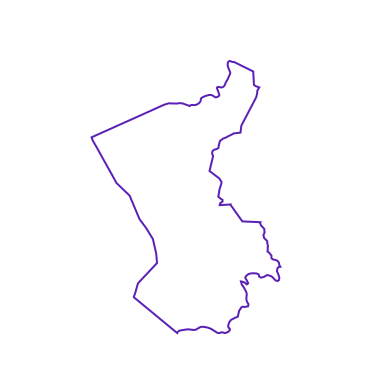 outline of Pelouze, Praslin, Saint Lucia, rotated 292°
{"feature_id": "8701671B45915520468586", "entity_name": "Pelouze", "entity_type": "district", "adm_level": 2, "iso_a3": "LCA", "parent_name": "Saint Lucia", "parent_adm1": "Praslin", "projection": "natural_earth1", "projection_center": [-60.921, 13.879], "detail": "fine", "context": "isolated", "style": "outline", "palette": "violet", "viewbox_px": 384, "rotation_deg": 292, "n_neighbors": 0, "source": "geoboundaries", "source_scale": "gbopen_adm2", "svg_char_len": 5373}
<svg xmlns="http://www.w3.org/2000/svg" viewBox="0 0 384 384"><g transform="rotate(292 192 192)"><path d="M189.5,266.4L183.6,249.7L194.7,232.3L194.8,232.3L190.2,222.6L192.4,222.4L194.5,223.9L196.1,223.3L196.6,220.9L197.5,218.1L200.3,217.6L204.2,216.6L210.2,216.1L212.4,215.6L214.8,212.3L218.0,200.4L233.2,198.1L235.2,196.2L237.5,195.7L239.4,196.6L241.3,199.0L242.8,200.0L245.6,199.3L249.8,198.8L253.3,200.9L254.8,202.7L256.8,204.3L260.8,207.9L261.8,208.5L265.2,214.7L272.0,212.9L303.4,216.0L305.2,215.9L308.8,215.2L310.5,214.6L313.4,215.1L314.2,215.2L314.2,214.9L314.0,211.9L314.4,209.4L326.7,203.6L328.3,182.2L328.1,181.7L327.8,181.1L327.6,180.1L327.7,179.2L327.7,178.1L327.2,177.3L326.4,176.9L325.5,176.8L324.7,177.0L323.8,177.2L323.0,177.6L322.2,178.0L321.6,178.7L320.8,179.1L320.1,179.8L319.5,180.4L318.8,181.1L318.2,181.7L317.5,182.4L316.7,182.9L315.9,183.0L315.0,183.0L314.1,183.0L313.3,182.9L312.4,182.9L311.5,182.9L310.6,182.9L309.8,182.8L308.9,182.7L308.0,182.6L307.2,182.4L306.3,182.3L305.4,182.3L304.6,182.3L303.7,182.3L302.8,182.3L302.0,182.0L301.2,181.6L300.5,181.0L300.0,180.2L299.7,179.2L299.6,178.2L299.3,177.3L298.9,176.4L298.7,176.4L298.1,176.1L297.3,176.5L296.6,177.1L296.0,177.8L295.3,178.4L294.6,179.0L294.2,179.4L293.9,179.6L293.2,180.2L292.8,180.6L292.5,180.8L291.6,181.1L290.8,180.8L290.1,180.3L289.4,179.6L288.8,178.9L288.5,177.9L288.8,177.0L289.0,176.0L289.1,175.1L289.2,174.1L289.1,173.1L288.7,172.2L288.2,171.3L287.7,170.6L287.1,169.8L286.5,169.1L285.9,168.3L285.2,167.7L284.5,167.0L283.9,166.4L283.1,165.8L282.3,165.4L281.5,165.4L280.6,165.7L279.8,165.9L278.9,165.8L278.0,165.6L277.2,165.3L276.4,164.9L275.7,164.3L275.0,163.7L274.3,163.0L273.7,162.3L273.4,161.4L273.1,160.5L272.8,159.5L272.3,158.7L271.7,158.0L270.8,157.7L270.8,155.2L270.6,150.0L269.5,146.6L268.5,145.2L267.2,141.9L265.5,137.2L262.4,133.4L205.1,78.4L204.0,79.4L202.5,80.8L196.5,88.4L191.7,94.3L179.8,109.1L172.0,118.7L165.3,135.5L147.2,153.5L141.2,163.3L133.7,173.4L121.3,182.0L113.0,186.2L87.1,176.1L76.9,177.2L73.1,177.3L72.6,177.6L55.7,231.1L56.2,231.1L56.4,231.1L56.5,231.2L56.8,231.2L57.0,231.3L57.3,231.5L57.5,231.5L57.9,231.7L58.1,231.8L58.4,232.1L58.6,232.3L58.9,232.6L59.0,232.8L59.2,233.0L59.3,233.2L59.6,233.6L59.9,234.1L60.3,234.8L60.8,235.5L61.1,236.1L61.3,236.4L61.5,236.8L61.7,237.1L61.9,237.4L62.3,238.2L62.5,238.3L62.6,238.7L62.7,238.8L62.8,239.0L63.0,239.5L63.2,239.9L63.3,240.1L63.4,240.4L63.4,240.5L63.5,240.7L63.5,240.8L63.6,241.0L63.8,242.0L63.9,242.5L64.0,242.6L64.1,243.0L64.2,243.4L64.2,243.6L64.4,244.1L64.4,244.4L64.5,244.5L64.6,244.9L64.7,245.0L64.8,245.3L64.9,245.5L65.0,245.8L65.2,246.2L65.3,246.3L65.4,246.5L65.6,246.8L65.7,247.0L65.8,247.1L65.9,247.3L66.1,247.4L66.2,247.5L66.5,247.7L66.7,247.8L66.8,247.9L66.9,248.0L67.0,248.1L67.5,248.4L67.6,248.5L68.0,248.8L68.5,249.2L68.8,249.4L68.9,249.6L69.1,249.7L69.2,249.8L69.3,249.9L69.5,250.0L69.8,250.3L70.2,250.8L70.4,251.1L70.5,251.3L70.6,251.5L71.0,252.1L71.1,252.5L71.2,252.8L71.2,253.0L71.3,253.2L71.4,253.5L71.4,253.9L71.6,254.4L71.7,254.8L71.7,255.0L71.8,255.2L71.8,255.4L71.9,255.7L71.9,255.9L71.9,256.1L72.0,256.5L72.1,256.9L72.1,257.3L72.2,257.7L72.2,258.3L72.2,258.5L72.2,259.4L72.2,259.7L72.3,260.6L72.2,260.8L72.2,261.1L72.2,261.3L72.2,261.6L72.1,261.8L72.1,262.0L71.9,263.1L71.7,263.5L71.7,263.8L71.6,264.3L71.6,264.5L71.5,264.9L71.5,265.2L71.5,265.4L71.4,265.6L71.4,265.9L71.4,266.1L71.3,266.3L71.3,266.5L71.2,266.8L71.1,267.0L71.1,267.3L71.0,267.6L71.0,267.8L71.0,268.7L71.0,268.9L71.1,269.1L71.1,269.3L71.2,269.5L71.3,269.8L71.4,270.0L71.5,270.2L71.6,270.4L71.7,270.5L71.8,270.6L71.9,270.8L72.1,271.0L72.3,271.1L72.5,271.3L72.6,271.5L72.9,271.8L72.9,272.0L73.0,272.2L73.1,272.3L73.2,272.6L73.2,272.8L73.3,272.9L73.3,273.8L73.3,274.0L73.3,274.3L73.4,274.6L73.5,274.8L73.5,275.1L73.6,275.3L73.7,275.5L73.9,275.7L74.0,275.9L74.0,276.0L74.2,276.3L74.4,276.5L74.5,276.6L74.8,276.8L74.9,277.0L75.1,277.2L75.3,277.3L75.6,277.6L76.0,278.0L76.4,278.2L76.5,278.3L76.8,278.3L77.3,278.5L77.7,278.6L78.0,278.7L78.3,278.7L78.8,278.7L79.0,278.5L79.2,278.4L79.4,277.9L79.5,277.7L79.7,277.4L79.7,277.2L79.9,277.0L80.1,276.7L80.3,276.3L80.4,276.2L80.6,276.1L81.1,275.9L81.3,275.8L81.7,275.6L81.9,275.6L82.2,275.5L82.3,275.5L82.6,275.5L82.8,275.4L84.6,275.4L84.8,275.4L85.2,275.4L85.4,275.5L85.5,275.5L85.9,275.5L86.0,275.5L86.3,275.6L86.5,275.7L86.7,275.8L87.0,275.8L87.4,275.9L87.6,276.0L88.0,276.1L88.3,276.3L88.5,276.5L90.3,278.0L91.3,278.9L93.7,281.2L95.6,280.8L99.7,280.2L101.3,280.6L103.3,280.9L104.6,281.8L105.2,284.0L107.0,286.8L109.1,286.4L111.0,283.9L112.9,282.6L114.2,282.1L117.7,281.1L119.5,279.9L123.1,275.6L124.6,273.1L127.4,270.9L127.7,272.4L127.8,274.7L126.9,277.5L127.9,278.1L128.8,278.1L129.4,277.1L130.7,275.8L132.2,273.6L133.6,273.4L136.0,274.4L137.5,275.5L139.3,278.4L140.7,282.4L140.5,284.9L138.9,285.8L138.4,287.3L138.6,288.3L140.5,290.8L141.9,291.7L143.3,293.0L143.6,296.6L143.2,298.5L141.4,302.3L141.4,304.5L142.8,305.6L144.2,305.4L145.7,304.8L146.6,304.1L149.0,301.9L150.5,300.4L153.1,299.8L154.7,300.3L155.7,301.7L155.8,301.9L156.9,300.4L159.3,298.8L160.3,296.7L160.3,295.9L160.2,294.5L159.8,291.9L160.4,290.5L162.9,289.4L164.8,285.9L165.1,284.3L167.3,283.7L168.7,283.0L169.9,282.9L172.9,280.9L174.6,280.2L176.4,276.1L178.7,274.4L181.7,274.4L184.9,272.8L186.2,269.9L187.0,268.3L189.0,266.6L189.0,266.2L189.5,266.4Z" fill="none" stroke="#5b21b6" stroke-width="2"/></g></svg>